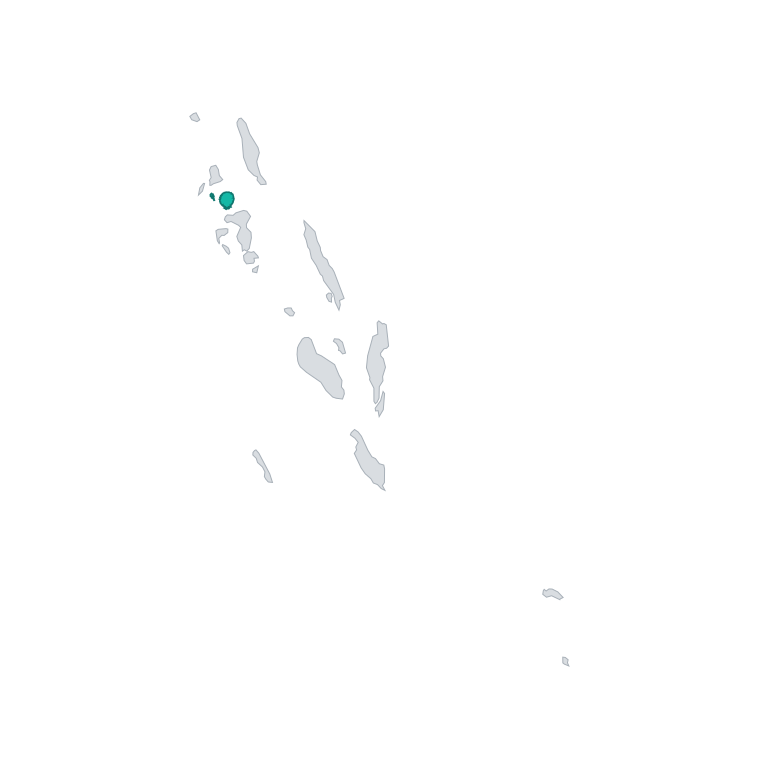 Gizo-Kolombangara, Western, Solomon Islands shown in context, rotated 33°
{"feature_id": "97153195B6288223256746", "entity_name": "Gizo-Kolombangara", "entity_type": "district", "adm_level": 2, "iso_a3": "SLB", "parent_name": "Solomon Islands", "parent_adm1": "Western", "projection": "mercator", "projection_center": [157.005, -7.99], "detail": "fine", "context": "in_parent", "style": "filled", "palette": "teal", "viewbox_px": 768, "rotation_deg": 33, "n_neighbors": 0, "source": "geoboundaries", "source_scale": "gbopen_adm2", "svg_char_len": 8430}
<svg xmlns="http://www.w3.org/2000/svg" viewBox="0 0 768 768"><g transform="rotate(33 384 384)"><path d="M298.8,386.4L310.9,395.3L316.1,394.5L332.0,394.6L341.3,401.0L346.8,403.9L349.9,409.7L353.7,411.0L356.1,413.9L357.4,419.2L351.6,422.0L348.1,422.9L338.9,421.0L330.1,416.9L312.6,416.4L304.5,415.2L301.7,413.7L299.1,411.6L295.0,406.6L291.8,400.8L291.2,397.4L291.0,390.9L292.0,388.5L295.3,386.1L298.8,386.4ZM353.6,333.1L367.2,349.7L366.7,352.6L364.8,354.5L364.3,360.0L366.0,362.2L369.7,363.2L376.1,369.1L378.8,378.6L381.4,381.9L381.5,388.8L387.5,398.5L388.1,403.1L387.5,405.2L385.0,404.0L377.8,393.0L369.6,388.3L368.7,386.3L360.4,379.9L354.9,369.2L348.8,350.1L351.7,345.6L344.9,336.4L345.2,333.9L350.1,334.4L351.0,333.3L353.6,333.1ZM304.2,341.4L306.0,346.6L298.6,342.0L293.0,336.3L277.1,330.2L273.6,327.0L270.8,326.6L262.6,321.5L254.6,318.0L248.4,311.7L245.5,310.6L240.4,305.7L235.5,302.4L233.8,296.4L229.0,292.3L227.9,290.5L243.1,293.8L250.1,300.4L256.1,304.1L258.2,306.7L263.6,310.4L268.5,310.7L273.4,314.4L277.8,315.4L281.3,317.3L303.9,333.9L301.2,338.2L304.2,341.4ZM406.6,448.4L413.5,451.7L417.5,451.2L423.5,453.4L428.0,452.1L430.8,455.0L438.0,466.4L438.0,470.1L442.7,472.7L438.7,473.2L433.3,471.9L429.0,472.8L424.6,470.6L417.1,469.5L410.5,466.8L396.9,458.4L396.9,454.2L394.7,452.2L394.1,447.0L389.2,445.3L383.5,445.0L383.0,442.6L384.1,438.2L388.3,438.3L393.5,440.1L406.6,448.4ZM174.6,278.7L176.4,280.6L172.1,283.9L166.5,282.1L165.2,279.3L161.3,279.9L153.5,278.3L142.7,270.4L131.2,255.5L120.2,247.2L118.2,244.7L117.9,240.4L119.4,238.8L126.2,240.6L135.1,247.4L149.6,254.4L153.5,258.0L156.1,266.7L158.5,269.3L166.4,275.9L174.6,278.7ZM189.8,329.2L193.2,333.7L197.2,343.8L196.5,347.3L193.7,347.5L192.9,349.7L189.0,344.8L183.9,343.4L180.2,340.4L178.5,330.7L175.6,330.1L167.2,331.0L164.5,334.2L160.7,333.2L159.9,330.3L160.5,327.5L165.6,324.7L166.6,321.1L171.7,314.9L174.8,313.8L180.8,316.1L181.5,324.9L183.6,327.8L189.8,329.2ZM344.1,527.3L340.3,529.2L336.8,528.2L334.1,526.8L332.0,522.5L327.3,519.8L320.7,518.7L317.3,515.9L312.7,515.0L311.4,512.7L311.7,510.3L312.5,509.0L316.7,510.2L337.1,521.6L344.1,527.3ZM130.8,311.5L129.7,312.2L127.9,309.2L126.6,308.3L126.6,305.0L121.1,299.6L120.6,295.8L123.8,292.2L128.2,294.3L132.4,298.9L137.4,300.4L136.4,303.4L131.9,308.9L130.8,311.5ZM158.4,320.3L156.1,322.6L150.2,322.2L145.6,316.5L145.7,312.3L149.2,308.4L153.6,307.7L155.9,309.2L158.1,312.5L158.9,316.6L158.4,320.3ZM208.7,353.7L203.3,358.1L199.4,356.6L196.2,352.8L197.8,347.1L201.0,345.9L202.7,343.9L208.6,345.5L210.0,346.6L206.5,349.4L208.5,351.6L208.7,353.7ZM649.0,469.1L639.9,470.3L636.4,474.3L631.7,473.9L630.2,470.6L630.2,469.0L632.7,469.3L634.0,466.0L636.7,464.4L643.0,463.7L650.5,465.5L648.8,468.4L649.0,469.1ZM397.4,406.0L397.7,414.0L393.6,409.6L391.6,411.2L389.8,409.1L390.2,399.8L387.3,390.8L389.7,391.7L397.4,406.0ZM169.3,355.3L169.3,356.1L166.2,354.6L159.6,347.1L160.7,344.6L166.9,339.7L168.7,339.1L170.5,342.1L169.0,346.5L167.0,347.6L166.1,351.8L169.3,355.3ZM321.7,371.0L326.4,371.6L334.9,379.0L332.9,381.3L329.0,380.1L327.6,380.6L326.4,378.1L322.1,375.9L318.3,375.7L317.8,373.1L321.7,371.0ZM268.0,378.1L261.5,377.3L259.6,375.4L261.9,372.6L264.8,370.8L267.3,372.4L270.2,372.9L270.5,376.4L268.0,378.1ZM84.3,265.8L78.8,267.1L75.4,265.3L76.9,261.1L78.7,258.9L85.6,262.8L84.3,265.8ZM295.4,343.9L292.8,344.6L288.9,342.6L287.2,340.8L288.0,337.9L290.3,336.8L292.8,338.7L293.1,340.7L295.4,343.9ZM692.6,519.8L687.8,520.7L685.9,520.5L682.7,515.7L685.0,514.6L688.6,515.0L689.7,517.9L692.6,519.8ZM183.3,357.8L183.2,359.8L180.1,359.2L173.0,356.2L172.8,354.9L176.8,354.4L179.7,354.8L183.3,357.8ZM126.7,321.1L125.5,326.6L122.7,319.8L123.3,314.1L124.3,313.5L126.7,321.1ZM216.7,360.0L212.6,361.5L211.3,359.3L214.3,353.3L216.7,360.0Z" fill="#d9dde1" stroke="#a8b0b8" stroke-width="1"/><path d="M158.8,318.9L158.6,318.5L158.4,318.2L158.3,318.3L158.2,318.0L158.1,317.9L158.4,317.9L158.2,317.1L158.2,316.9L158.1,316.3L158.2,316.0L158.3,316.0L158.4,315.9L158.4,315.7L158.5,315.3L158.5,315.1L158.3,315.1L158.4,314.5L158.3,313.8L158.1,313.7L158.1,313.9L158.0,313.6L158.3,313.6L158.2,313.3L158.0,313.2L158.1,312.9L157.8,312.5L157.9,312.4L157.9,312.2L157.7,311.4L157.6,311.2L157.3,310.8L157.4,310.6L157.3,310.4L157.1,310.4L157.2,310.6L156.8,310.1L156.8,309.9L156.6,309.8L156.4,309.9L156.5,309.7L156.3,309.6L155.9,309.0L155.8,308.9L155.7,308.8L155.4,308.7L155.0,308.5L154.9,308.3L155.0,308.2L154.2,307.5L153.7,307.3L153.4,307.2L153.2,307.2L152.9,307.2L153.0,307.2L152.9,307.3L152.9,307.2L152.0,306.9L152.0,307.1L151.8,307.0L151.6,307.1L151.4,307.3L151.0,307.3L150.0,307.6L149.9,307.5L149.7,307.7L149.2,307.7L148.9,308.2L148.5,308.3L148.2,308.4L147.6,308.7L147.3,309.1L147.1,309.1L146.9,309.2L146.7,309.7L146.5,309.8L146.2,310.2L145.9,310.3L145.7,310.4L145.7,310.5L145.7,310.8L145.8,310.9L145.7,311.0L145.6,310.9L145.4,311.2L145.0,311.9L145.1,312.0L145.2,312.4L145.0,312.6L145.1,313.1L145.1,312.9L145.0,312.7L145.0,313.1L144.7,313.2L144.7,313.6L144.7,313.8L144.6,314.3L144.5,314.6L144.8,314.6L144.6,314.8L144.6,315.1L144.8,315.0L144.9,315.3L145.1,315.5L145.1,316.2L145.3,316.4L145.2,316.5L144.9,316.4L144.9,316.9L144.9,317.0L145.1,317.0L144.9,317.1L145.2,317.4L145.4,317.7L145.7,317.6L145.8,317.8L145.5,318.0L145.6,318.4L145.8,318.4L145.8,318.5L145.7,318.6L145.8,318.6L146.1,318.6L146.0,319.0L146.5,319.6L146.8,319.6L146.5,319.6L146.7,319.9L146.8,320.0L146.9,319.9L147.0,320.0L147.1,319.9L146.9,320.0L147.5,320.6L147.4,320.7L147.6,320.8L147.7,320.7L147.8,321.0L148.3,321.3L148.5,321.2L148.4,321.1L148.5,321.1L149.0,321.4L148.6,321.2L148.5,321.5L149.2,321.7L149.5,321.8L149.7,322.0L149.9,321.9L150.2,322.1L150.6,322.1L150.9,321.7L151.0,321.6L151.0,321.8L150.8,322.0L151.0,322.3L151.6,322.4L151.7,322.0L151.9,322.2L152.1,322.2L152.3,322.0L152.2,321.9L152.4,321.9L152.5,321.9L152.4,322.0L152.8,322.0L152.9,322.3L153.0,322.4L152.9,322.3L153.2,322.2L153.3,321.8L153.5,321.8L153.5,322.2L153.8,322.3L153.9,322.1L154.1,322.1L154.1,321.9L154.3,321.8L154.3,322.2L154.5,322.2L154.1,322.5L153.9,322.5L154.0,322.7L154.5,322.7L154.7,322.9L154.4,322.8L154.7,323.1L154.8,323.3L154.9,323.2L155.0,323.2L154.9,323.3L155.5,323.2L155.4,323.3L155.6,323.3L155.9,323.4L156.1,323.4L156.5,323.2L156.6,322.9L156.6,323.0L156.4,322.9L156.5,322.8L156.5,322.3L156.9,322.1L157.1,322.3L156.7,322.6L156.9,322.6L156.7,322.7L156.7,322.9L157.1,322.5L157.2,322.0L157.4,321.9L157.5,321.6L157.8,321.6L157.9,321.4L157.7,321.4L157.7,321.5L157.5,321.4L157.7,321.2L157.7,321.4L158.0,321.4L157.9,321.2L158.0,320.6L157.4,320.7L157.6,320.5L157.6,320.3L157.2,320.0L157.5,319.9L157.5,320.0L157.9,320.5L158.1,320.4L157.9,320.4L158.2,320.0L158.2,319.8L158.3,319.7L158.4,319.8L158.5,319.9L158.5,319.3L158.7,319.2L158.2,319.1L157.9,319.3L157.8,319.2L158.3,318.6L158.2,318.6L158.4,318.6L158.3,318.8L158.7,319.1L158.8,318.9ZM139.5,321.6L139.2,321.3L138.9,321.3L139.1,321.1L139.1,320.8L138.9,320.6L138.6,320.7L138.9,320.4L138.9,320.2L139.1,320.3L139.1,320.1L138.9,320.0L139.0,319.9L138.9,319.9L138.6,319.9L138.6,320.3L138.5,320.2L138.4,320.3L138.2,320.5L138.2,320.3L137.9,320.1L138.2,319.9L138.4,319.7L138.1,319.4L138.1,319.5L137.9,319.4L137.9,319.2L138.2,319.0L138.0,318.7L137.9,318.7L137.5,318.5L137.3,318.7L137.5,320.1L137.4,320.2L137.3,319.6L136.9,319.7L137.2,319.5L137.2,319.1L137.0,318.7L137.2,318.4L137.4,318.4L137.3,318.1L137.1,317.9L137.0,318.0L137.2,318.3L137.1,318.5L136.7,318.3L136.3,318.2L136.2,318.2L135.6,318.0L135.4,318.3L135.3,318.5L135.3,319.1L135.2,319.9L135.8,320.6L136.0,320.7L136.2,321.1L136.8,320.9L137.3,321.1L137.5,321.3L137.8,321.8L138.1,321.8L138.2,321.6L138.4,321.6L139.0,321.9L139.5,321.6ZM142.2,322.6L141.9,322.3L141.5,322.3L141.1,322.1L141.3,322.3L141.6,322.4L141.8,322.5L142.0,322.5L142.2,322.6ZM145.2,316.3L145.0,316.1L145.0,315.5L144.9,315.6L144.9,316.2L145.0,316.3L145.2,316.3ZM139.7,320.8L139.6,320.7L139.3,320.6L139.3,320.9L139.5,321.1L139.7,320.8ZM153.8,322.5L153.4,322.2L153.2,322.4L153.4,322.6L153.4,322.3L153.6,322.4L153.6,322.6L153.7,322.8L153.7,322.6L153.8,322.5ZM140.6,321.4L140.4,321.0L140.3,320.9L140.4,321.2L140.6,321.5L140.6,321.4ZM140.8,322.1L140.8,321.9L140.6,322.0L140.8,322.1ZM137.8,318.3L137.5,318.1L137.4,317.9L137.4,318.0L137.6,318.3L137.8,318.3ZM158.4,320.0L158.2,320.1L158.3,320.2L158.4,320.0ZM154.3,322.8L154.2,322.7L154.3,322.8L154.3,322.8ZM154.3,322.0L154.2,322.0L154.3,322.0ZM146.4,310.0L146.4,309.8L146.3,310.0L146.4,310.0ZM138.4,318.8L138.3,318.7L138.2,318.7L138.3,318.7L138.4,318.8Z" fill="#14b8a6" stroke="#0f766e" stroke-width="1.5"/></g></svg>